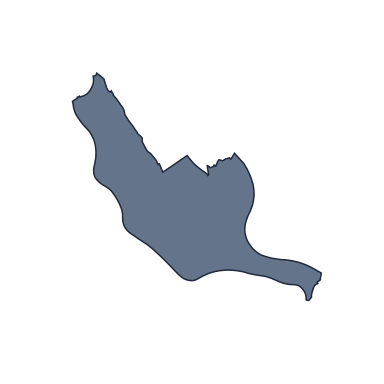 Maasdriel, Gelderland, Netherlands (Robinson projection), rotated 64°
{"feature_id": "6326949B49943230563567", "entity_name": "Maasdriel", "entity_type": "district", "adm_level": 2, "iso_a3": "NLD", "parent_name": "Netherlands", "parent_adm1": "Gelderland", "projection": "robinson", "projection_center": [5.28, 51.786], "detail": "fine", "context": "isolated", "style": "filled", "palette": "slate", "viewbox_px": 384, "rotation_deg": 64, "n_neighbors": 0, "source": "geoboundaries", "source_scale": "gbopen_adm2", "svg_char_len": 5816}
<svg xmlns="http://www.w3.org/2000/svg" viewBox="0 0 384 384"><g transform="rotate(64 192 192)"><path d="M83.6,260.4L85.0,260.0L88.6,258.9L92.1,257.9L93.9,257.6L95.7,257.4L97.4,257.3L99.2,257.3L101.0,257.3L102.8,257.5L104.5,257.7L106.3,258.1L108.1,258.6L109.9,259.2L111.6,259.8L113.4,260.5L115.2,261.4L117.0,262.3L118.8,263.3L120.5,264.5L122.3,265.8L125.9,268.6L127.6,269.9L129.4,270.9L131.2,271.7L133.0,272.3L134.8,272.6L136.5,272.7L138.3,272.4L140.1,271.9L141.9,271.3L143.6,270.6L145.4,269.7L147.2,268.6L148.9,267.4L150.7,266.3L152.5,265.3L154.3,264.5L156.0,264.0L157.8,263.6L159.6,263.3L161.4,263.0L164.9,262.6L166.7,262.5L170.2,262.4L172.0,262.5L173.8,262.6L175.6,262.7L177.3,263.0L179.1,263.4L180.9,263.9L182.7,264.7L186.2,266.3L188.0,267.0L189.8,267.4L191.6,267.7L193.3,267.8L195.1,267.7L196.9,267.4L198.7,266.9L200.4,266.3L202.2,265.4L207.5,262.4L211.1,260.4L212.8,259.3L218.2,256.1L219.9,255.1L221.7,254.3L225.3,252.6L231.2,250.2L232.4,249.8L235.9,248.4L237.7,247.8L244.8,245.3L248.3,244.1L255.4,241.9L259.0,240.7L260.8,240.1L262.5,239.3L264.3,238.5L266.1,237.4L267.4,236.4L268.8,235.0L270.0,233.6L270.9,232.2L271.7,230.8L272.2,229.4L272.5,228.0L272.6,226.6L272.6,225.2L272.3,219.7L272.3,218.3L272.4,215.5L272.4,214.1L272.5,212.7L272.7,211.3L273.1,208.5L273.4,207.1L273.7,205.7L274.1,204.3L274.5,202.9L274.9,201.5L275.9,198.8L276.4,197.4L277.0,196.0L277.6,194.6L278.3,193.2L279.0,191.8L280.6,189.0L282.4,186.2L283.3,184.8L285.4,182.0L286.5,180.6L287.7,179.2L290.2,176.5L291.4,175.1L293.5,172.3L294.5,170.9L295.5,169.5L296.5,168.1L297.5,166.7L298.4,165.3L299.4,163.9L300.5,162.5L301.8,161.1L303.1,159.7L304.6,158.3L306.2,157.0L307.8,155.5L311.0,152.8L312.5,151.4L313.9,150.0L315.1,148.6L316.2,147.2L317.3,145.8L318.1,144.4L320.4,140.2L321.4,138.8L322.9,137.3L324.6,136.2L326.4,135.5L328.2,135.0L330.0,134.7L331.7,134.6L333.5,134.8L335.3,135.1L337.1,135.7L338.8,136.6L339.0,136.7L340.0,135.7L340.6,134.9L340.6,134.6L340.5,133.8L340.4,133.6L340.2,133.2L340.0,132.9L339.6,132.4L339.5,132.2L339.2,131.7L339.1,131.1L339.2,130.9L336.8,129.7L336.7,129.6L334.3,127.6L334.2,127.6L332.3,125.6L332.1,125.7L331.9,125.5L331.2,124.6L330.3,123.4L330.0,122.9L329.8,122.5L329.7,122.1L329.5,121.7L329.4,121.3L329.4,121.1L329.4,120.7L329.3,118.9L329.0,118.9L328.3,118.9L328.3,119.0L327.9,119.0L327.7,118.7L327.6,116.8L327.6,116.4L327.5,116.2L327.1,115.9L327.1,115.7L327.3,115.4L326.9,114.9L326.4,114.8L321.5,111.3L312.8,117.3L312.2,117.7L312.0,117.9L310.2,119.3L307.3,121.7L306.0,122.9L305.2,123.7L303.5,125.4L302.8,126.0L301.6,127.4L298.3,131.4L296.1,134.5L295.4,135.5L294.8,136.4L293.8,138.0L291.4,142.2L290.6,143.3L289.9,144.5L289.3,145.3L287.5,147.8L286.0,149.9L284.5,151.6L281.3,155.1L279.7,156.7L278.9,157.4L278.1,158.0L276.9,158.8L275.8,159.5L274.9,159.9L273.6,160.6L273.1,160.8L271.2,161.6L270.4,161.9L268.3,162.5L267.5,162.7L266.3,162.9L264.5,163.2L262.3,163.5L261.1,163.5L260.0,163.6L258.8,163.5L258.1,163.5L256.8,163.3L256.7,163.3L255.4,163.1L254.3,162.8L252.9,162.5L252.4,162.4L250.9,161.9L250.0,161.5L249.3,161.2L248.8,161.0L248.1,160.6L247.2,160.0L246.1,159.5L243.6,157.7L241.2,155.5L238.9,153.2L236.8,150.8L235.0,148.3L232.7,145.8L232.0,145.1L230.2,143.3L227.0,140.8L222.5,137.8L217.3,135.5L212.0,133.8L203.9,132.6L195.6,132.4L189.0,133.0L183.0,134.7L178.6,136.0L175.8,136.8L179.3,142.2L179.5,142.7L178.5,143.5L177.9,143.2L177.7,143.4L177.4,145.0L177.2,146.2L177.1,146.9L176.9,147.7L177.0,147.9L177.1,148.1L177.2,149.4L177.4,150.0L177.4,150.4L177.4,150.5L177.2,150.9L176.5,151.6L175.8,152.5L175.4,152.9L175.0,153.2L174.8,153.5L175.0,154.1L175.3,154.6L176.1,155.9L176.4,156.2L177.5,157.3L177.8,157.8L178.1,158.1L178.3,158.4L178.7,158.7L178.9,158.8L179.1,159.1L179.2,159.6L177.7,160.2L177.5,160.3L177.7,160.6L178.5,161.8L178.5,162.2L178.4,163.4L178.3,164.4L178.3,164.6L178.2,164.7L178.2,164.8L177.1,165.4L176.4,165.7L176.5,165.7L175.4,166.3L175.2,166.4L174.9,166.7L175.0,166.8L176.9,167.4L181.4,168.8L183.0,169.3L183.7,169.4L184.1,170.4L183.8,170.4L183.5,170.6L183.1,170.7L182.7,170.6L181.8,170.9L180.8,171.3L179.1,172.2L179.0,172.4L176.2,173.9L174.7,174.7L173.7,175.2L171.5,176.2L169.2,177.1L168.0,177.6L165.9,178.3L165.1,178.5L163.4,179.0L161.6,179.4L159.2,180.0L157.8,180.2L157.2,180.3L157.3,181.8L158.1,187.1L158.1,187.4L159.0,193.0L159.3,195.1L159.4,195.7L159.7,197.6L159.9,199.1L160.0,199.5L160.2,201.1L160.3,202.1L160.6,203.8L160.9,206.0L161.4,209.5L152.3,209.0L152.3,210.3L152.1,210.3L151.7,210.5L151.1,210.5L148.8,210.2L147.7,210.4L147.4,210.4L147.1,210.5L139.2,212.4L138.8,212.6L136.1,214.1L135.9,214.2L135.5,214.3L134.0,214.4L129.5,214.6L129.4,214.6L126.1,214.7L125.6,214.7L125.4,214.6L124.9,214.7L124.6,214.6L124.1,214.3L122.5,213.5L122.0,213.3L121.8,213.2L121.5,213.2L121.2,213.2L119.7,213.5L119.3,213.7L118.3,214.2L117.9,214.4L116.4,215.0L116.0,215.2L115.6,215.2L114.1,215.2L113.5,215.3L110.1,215.9L108.3,216.0L102.1,217.2L100.2,217.6L99.5,217.7L93.0,218.4L89.3,217.4L87.7,217.3L85.2,217.3L84.9,217.4L82.7,217.9L79.5,218.3L78.3,218.5L75.5,219.0L74.9,219.1L70.9,220.2L70.6,220.2L70.3,220.1L70.1,220.0L69.3,220.0L65.7,220.2L65.8,220.2L65.7,220.2L66.3,221.7L64.7,222.6L64.3,222.8L63.4,223.0L62.4,223.1L61.8,223.1L60.8,223.1L59.9,222.9L59.3,222.8L54.1,222.0L51.9,221.6L47.5,223.4L47.6,223.5L43.4,225.5L45.2,227.5L44.5,230.1L45.7,230.4L46.5,230.7L47.3,231.0L48.1,231.4L49.2,231.9L50.2,232.6L50.8,233.0L51.8,233.9L52.3,234.3L54.0,236.3L55.2,237.9L55.6,238.4L55.9,239.0L56.7,240.4L57.0,241.2L57.5,242.5L57.9,244.0L58.0,245.0L58.1,246.2L58.1,246.4L58.1,247.2L58.0,247.8L57.9,248.4L57.7,249.2L57.5,251.1L56.5,251.2L56.7,251.9L56.8,252.4L56.7,252.5L56.6,252.8L56.5,253.6L57.3,253.7L58.1,259.7L60.9,260.4L63.9,261.3L65.0,261.6L66.8,261.9L68.5,262.2L69.1,262.2L70.1,262.3L71.0,262.3L72.2,262.3L73.5,262.1L75.6,261.9L79.0,261.3L80.8,261.0L83.6,260.4Z" fill="#64748b" stroke="#1e293b" stroke-width="1.5"/></g></svg>